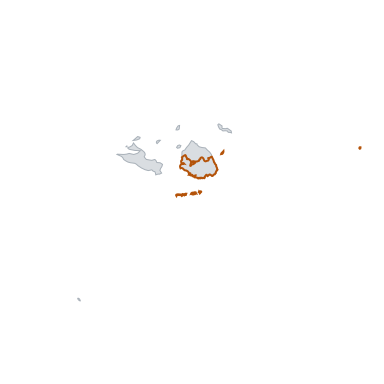 Western highlighted on a map of Fiji, rotated 229°
{"feature_id": "FJI-2620", "entity_name": "Western", "entity_type": "Division", "adm_level": 1, "iso_a3": "FJI", "parent_name": "Fiji", "parent_adm1": "", "projection": "natural_earth1", "projection_center": [177.638, -19.194], "detail": "fine", "context": "in_parent", "style": "outline", "palette": "amber", "viewbox_px": 384, "rotation_deg": 229, "n_neighbors": 0, "source": "natural_earth", "source_scale": "10m", "svg_char_len": 7002}
<svg xmlns="http://www.w3.org/2000/svg" viewBox="0 0 384 384"><g transform="rotate(229 192 192)"><path d="M219.9,201.3L219.9,202.8L220.8,203.4L221.6,203.5L223.7,206.4L226.9,208.9L228.9,210.8L229.0,212.4L228.4,214.1L229.2,217.1L229.6,220.3L231.1,225.3L229.0,226.3L225.9,226.4L225.1,227.3L224.0,226.8L221.4,227.1L218.9,228.8L216.5,231.0L213.7,231.1L210.6,231.5L207.5,231.2L205.3,230.0L201.4,228.7L196.3,227.6L194.1,226.7L192.4,225.2L190.7,221.5L190.5,219.7L190.7,217.9L192.2,217.3L193.5,216.5L193.7,215.3L194.2,214.5L194.9,214.2L195.3,213.7L194.8,211.8L194.6,210.1L197.6,207.0L200.9,204.3L206.6,201.8L210.2,202.1L215.6,200.2L217.3,199.3L219.0,199.8L219.9,201.3ZM269.5,160.5L265.2,165.0L263.6,167.3L262.3,169.9L258.5,172.7L256.9,176.4L257.1,180.1L260.8,176.2L264.9,173.0L266.2,172.4L267.5,172.4L267.4,173.5L266.8,174.6L266.3,177.4L267.4,180.0L264.3,179.8L261.3,180.0L257.6,181.5L254.1,182.1L252.8,182.1L251.5,181.6L250.7,180.9L250.0,179.1L249.3,178.9L246.5,178.9L242.3,182.4L240.9,185.3L239.3,185.4L237.3,184.8L235.0,187.1L232.2,187.9L231.0,186.0L230.3,183.6L229.3,181.9L226.2,181.5L226.7,179.4L227.5,178.5L228.2,177.3L228.7,175.9L230.2,176.8L231.7,177.3L233.3,176.3L235.1,176.2L236.8,173.1L239.6,171.2L243.3,169.6L247.2,168.5L249.2,168.3L251.1,167.7L254.4,164.8L256.6,163.3L259.0,162.4L261.3,161.8L263.5,162.3L265.2,162.1L269.6,160.0L269.5,160.5ZM225.8,255.6L225.8,257.0L222.1,258.0L220.9,256.8L220.1,256.6L217.9,258.7L217.3,259.6L217.1,260.3L216.5,260.6L212.4,261.6L210.7,260.6L211.9,259.9L213.3,258.5L214.8,258.7L216.3,257.4L217.8,255.4L219.9,255.0L221.4,254.2L223.9,254.8L225.8,255.6ZM269.5,187.4L267.3,188.7L266.5,187.5L267.5,184.5L269.5,181.4L269.5,183.9L269.5,187.4ZM250.6,226.0L250.4,226.3L247.9,223.6L248.0,222.5L248.4,221.6L249.4,220.7L250.3,222.2L251.0,224.8L250.6,226.0ZM235.7,213.4L234.2,214.0L233.4,211.9L234.5,209.8L235.8,209.6L236.4,211.8L235.7,213.4ZM252.8,201.1L251.8,202.0L251.4,197.4L252.4,197.4L253.1,197.9L253.5,199.1L252.8,201.1ZM189.8,193.7L188.4,194.2L189.1,191.5L190.0,190.7L190.5,190.5L191.4,190.3L191.0,192.2L189.8,193.7ZM186.5,36.5L185.4,36.9L183.5,36.6L183.2,36.0L183.7,35.9L184.9,35.5L186.4,35.7L186.7,36.1L186.5,36.5ZM269.5,173.1L269.1,173.1L269.1,172.5L269.5,171.4L269.5,173.1Z" fill="#d9dde1" stroke="#a8b0b8" stroke-width="1"/><path d="M205.6,230.1L203.2,229.4L202.5,229.3L201.7,229.0L200.1,228.2L199.4,228.3L198.6,227.9L198.2,227.8L196.8,227.9L196.5,227.9L196.2,227.7L195.8,227.3L195.7,227.2L193.7,226.6L192.8,226.1L192.1,225.1L191.9,225.3L191.8,225.0L191.8,224.3L191.8,223.9L191.7,223.7L191.4,223.3L191.3,222.9L191.2,222.7L190.7,222.4L190.7,222.2L190.8,221.9L190.7,221.6L190.5,221.3L190.4,220.9L190.4,220.7L190.8,220.1L190.9,219.7L190.9,219.3L190.8,219.1L190.6,218.8L190.6,218.5L190.8,217.8L191.2,217.5L192.5,217.4L193.3,217.1L193.5,217.0L193.8,216.6L193.8,216.3L193.8,216.0L193.7,215.7L193.7,214.5L193.8,214.1L194.1,214.1L195.1,214.4L195.3,214.4L195.6,214.1L195.6,213.9L195.5,213.6L195.5,213.4L195.4,213.0L195.3,212.3L195.3,212.0L195.2,211.7L194.7,211.4L194.5,211.1L194.3,210.4L194.7,210.0L195.2,209.8L195.5,209.2L195.6,208.9L196.2,208.8L196.5,208.6L196.6,208.2L196.5,207.8L196.6,207.5L196.9,207.2L197.2,207.6L197.5,207.5L197.6,207.1L197.5,206.7L197.7,206.2L197.9,205.8L198.2,205.6L198.5,206.0L199.8,204.9L201.0,204.1L201.1,203.9L201.2,203.7L201.3,203.6L201.5,203.5L201.9,203.6L202.0,203.7L201.9,203.7L201.7,204.0L201.8,204.6L202.0,205.2L202.2,205.6L202.4,205.4L202.2,204.9L202.1,204.5L202.1,204.1L202.2,203.7L202.4,203.5L203.4,202.9L203.5,202.8L204.7,203.3L204.8,203.1L204.9,202.7L205.0,202.3L205.1,202.1L205.4,202.0L205.6,201.8L205.8,201.7L206.3,201.6L206.5,201.4L206.9,201.1L207.0,201.0L207.1,201.5L207.1,201.9L207.0,202.2L206.9,202.5L206.7,202.8L207.2,203.0L207.6,202.7L207.9,202.2L208.3,201.9L208.9,202.3L209.8,202.4L210.6,202.3L211.3,202.1L212.1,201.7L212.4,201.4L212.7,201.1L213.1,200.8L213.8,200.7L214.2,200.5L215.2,200.6L216.2,200.4L217.1,199.8L217.4,198.9L218.0,199.1L218.8,199.5L219.4,200.0L219.7,200.6L219.8,201.0L220.1,201.7L220.1,202.1L219.9,202.5L219.2,203.3L218.9,203.7L219.2,203.9L219.3,204.2L219.2,204.4L218.9,204.6L219.3,204.6L220.1,203.5L220.6,203.3L221.3,203.3L221.9,203.6L222.4,204.0L222.7,204.6L222.7,204.9L222.6,205.3L222.7,205.6L222.8,205.6L223.3,206.1L223.4,206.3L223.5,206.4L224.7,207.3L224.8,207.3L224.8,207.6L224.7,209.1L224.5,210.6L224.3,210.9L224.1,211.2L223.9,211.2L223.6,211.2L223.0,210.9L222.7,210.7L222.2,210.6L221.7,210.6L221.4,210.6L221.1,210.5L220.4,209.9L220.2,209.8L219.9,209.9L219.8,210.0L219.8,210.3L219.7,210.6L219.4,210.9L218.9,211.1L218.0,211.3L216.4,211.4L215.9,211.3L215.4,211.2L215.2,211.0L214.9,210.7L214.7,210.4L213.9,209.1L213.3,208.3L213.1,208.0L212.8,207.9L212.6,208.1L212.6,208.4L212.6,208.7L212.8,209.4L212.9,209.7L212.8,210.0L212.7,210.3L212.3,211.0L212.1,211.3L212.1,211.7L212.0,213.6L212.1,213.8L212.3,213.9L212.6,213.7L213.4,212.6L213.7,212.3L214.0,212.1L214.4,212.0L214.6,212.0L214.7,212.5L214.7,212.8L214.5,213.1L214.1,213.5L213.6,213.8L212.9,214.4L211.6,216.0L211.5,216.3L211.4,216.7L211.3,216.9L211.2,217.2L211.1,217.4L211.0,217.7L211.0,217.9L211.2,218.2L211.4,218.4L211.6,218.6L211.7,218.9L211.5,219.4L211.5,219.7L211.5,219.9L211.6,220.1L211.8,220.3L212.0,220.5L212.1,221.0L211.8,222.0L211.6,222.2L211.3,222.4L210.6,222.5L210.3,222.6L210.0,222.6L207.8,221.9L207.4,221.9L207.1,221.9L206.6,222.1L206.3,222.3L206.1,222.6L205.9,223.3L205.8,223.6L205.4,224.3L205.2,224.5L205.2,224.8L205.2,225.1L205.4,225.8L205.5,226.0L205.8,226.3L206.0,226.3L206.7,226.3L206.8,226.4L206.9,226.5L206.2,227.8L206.1,228.1L206.0,228.3L206.0,229.3L205.9,229.7L205.6,230.1ZM190.9,191.4L191.0,191.2L191.3,190.3L191.5,190.7L191.5,191.1L191.4,191.6L191.1,191.9L190.9,192.5L190.1,193.2L190.0,193.7L189.8,193.6L189.7,193.5L189.6,193.3L189.3,193.5L189.1,193.7L189.0,194.0L189.0,194.4L188.2,194.2L188.5,194.0L188.5,193.6L188.4,193.2L188.5,192.7L188.9,192.4L189.0,192.1L189.1,191.7L189.2,191.4L189.4,191.2L190.0,190.6L190.3,190.5L190.6,191.2L190.8,191.4L190.9,191.4ZM199.2,177.7L199.8,177.8L200.1,178.0L200.2,178.5L200.0,179.1L199.8,179.5L199.3,179.9L199.2,180.2L199.1,180.3L197.3,182.0L196.9,182.5L196.7,183.1L196.4,182.9L196.1,183.0L195.9,183.2L195.7,183.3L195.5,183.1L195.5,182.9L195.7,182.0L195.7,181.7L195.9,181.7L196.2,182.1L196.8,181.8L197.9,180.5L199.2,179.2L199.6,178.5L199.2,177.7ZM185.8,197.0L186.6,197.3L186.9,197.3L187.4,197.0L187.8,197.7L187.6,197.7L187.5,197.8L187.5,198.0L187.1,198.7L186.7,199.1L186.3,199.2L186.0,198.9L186.0,198.3L186.1,197.8L186.1,197.5L185.8,197.2L185.8,197.0ZM201.8,239.3L201.9,239.7L202.0,240.1L202.0,240.9L202.2,242.5L201.8,242.2L201.4,241.6L201.1,241.0L201.0,240.4L200.9,239.9L201.0,239.7L201.4,239.0L201.5,239.2L201.8,239.3ZM195.9,184.2L195.0,185.0L194.7,185.4L195.1,185.6L195.0,185.9L194.9,186.1L194.7,186.3L194.5,186.5L194.4,186.3L194.2,186.0L193.8,185.4L194.0,185.1L194.7,184.7L194.5,184.1L194.8,184.0L195.4,184.0L195.9,184.2ZM115.2,348.5L114.7,348.0L114.4,347.5L114.6,347.0L115.2,347.0L115.5,347.3L115.7,347.7L115.6,348.2L115.2,348.5Z" fill="none" stroke="#b45309" stroke-width="2"/></g></svg>